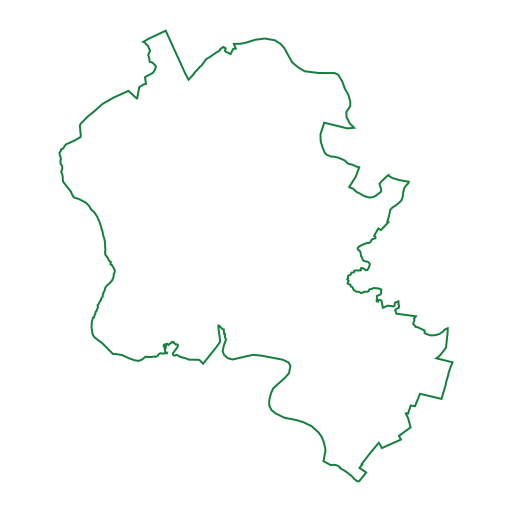 outline of Ardusat, Maramures, Romania
{"feature_id": "2599482B14412125408944", "entity_name": "Ardusat", "entity_type": "district", "adm_level": 2, "iso_a3": "ROU", "parent_name": "Romania", "parent_adm1": "Maramures", "projection": "natural_earth1", "projection_center": [23.375, 47.634], "detail": "fine", "context": "isolated", "style": "outline", "palette": "green", "viewbox_px": 512, "rotation_deg": 0, "n_neighbors": 0, "source": "geoboundaries", "source_scale": "gbopen_adm2", "svg_char_len": 6002}
<svg xmlns="http://www.w3.org/2000/svg" viewBox="0 0 512 512"><path d="M452.5,362.3L436.4,358.3L438.4,356.9L441.2,354.0L446.0,347.6L447.6,332.7L447.7,328.3L444.7,329.6L442.9,331.7L439.6,333.9L435.2,335.2L431.1,335.4L429.5,335.1L426.2,333.8L424.6,333.1L424.5,332.2L424.8,331.2L424.6,330.5L417.5,327.2L415.4,326.8L415.0,325.8L413.3,324.2L413.2,323.8L413.5,322.5L414.5,320.1L413.9,318.6L415.0,317.6L415.9,316.3L396.5,313.7L395.2,310.3L395.4,309.7L396.0,309.1L397.1,308.5L398.4,308.1L398.8,307.5L399.2,305.8L398.4,304.2L398.6,302.7L398.4,301.3L395.0,302.8L394.8,303.1L394.5,305.8L393.5,306.5L390.9,306.0L387.6,305.7L382.9,307.8L381.4,300.6L380.3,300.1L378.5,300.0L378.1,300.4L378.0,301.7L376.7,301.4L377.0,295.9L380.4,294.5L381.3,292.9L381.0,291.0L381.3,289.6L381.0,289.3L378.7,288.5L373.6,288.0L371.9,288.9L369.4,289.4L368.9,290.3L368.8,291.0L368.0,291.6L363.9,291.8L362.5,292.8L361.1,293.0L358.8,291.8L356.7,291.7L355.7,291.3L353.5,289.7L352.5,287.2L352.0,286.8L350.9,286.5L350.5,285.0L350.1,284.6L347.8,283.8L347.6,283.0L347.8,282.4L348.7,280.8L347.3,279.3L348.2,278.1L347.9,276.6L348.0,276.0L349.1,275.2L350.4,274.9L351.6,272.6L353.6,272.5L354.1,272.0L354.2,270.9L355.0,270.5L360.7,270.4L361.0,269.8L360.8,268.6L361.0,268.2L361.4,268.1L362.1,268.0L363.4,268.4L365.9,270.2L367.3,270.0L367.7,269.6L368.9,267.4L369.8,264.6L369.7,263.5L368.0,261.9L364.0,261.0L362.8,259.9L362.1,257.7L361.0,256.0L360.5,252.5L360.2,251.6L359.9,251.1L357.8,249.5L357.7,248.9L357.9,247.7L359.5,246.3L362.8,244.6L366.5,243.1L369.5,242.8L370.7,241.7L371.6,239.8L372.3,239.2L375.2,238.3L375.6,237.5L375.3,236.6L374.1,235.9L378.3,228.5L380.9,230.1L388.5,222.1L387.3,221.6L389.1,215.7L390.3,209.6L392.7,207.3L395.7,205.5L398.4,203.3L400.6,201.3L401.7,199.8L402.8,196.5L403.2,192.2L404.4,187.8L406.1,185.4L408.1,183.5L408.8,181.8L399.5,180.1L392.3,178.0L389.0,175.9L388.6,175.0L386.8,176.3L381.6,181.3L379.6,183.6L379.6,184.6L381.1,188.8L381.2,190.9L380.5,192.2L374.6,196.5L371.2,197.5L368.1,197.3L364.0,196.0L359.2,193.2L357.0,192.2L354.8,190.5L354.6,190.0L352.8,188.5L351.2,188.1L349.2,187.0L355.7,176.8L359.2,167.3L356.8,166.7L352.3,164.7L348.8,163.9L347.6,163.2L344.4,160.3L338.5,157.7L334.0,156.7L330.3,156.4L326.7,154.7L324.7,152.7L322.8,148.1L320.8,141.7L320.6,139.4L320.5,134.2L324.2,122.7L347.4,128.4L354.1,127.8L349.7,123.3L346.5,116.9L346.3,112.1L350.2,106.2L350.3,101.6L348.4,94.9L344.9,88.7L342.2,81.4L338.2,74.7L334.8,73.1L318.7,73.0L304.8,71.3L298.2,67.4L292.1,62.3L284.2,47.9L280.5,43.8L274.6,40.2L264.7,38.5L255.1,39.8L245.4,42.8L240.8,43.7L233.9,43.9L235.8,48.6L233.2,48.9L230.5,54.1L225.3,51.4L224.9,50.3L225.6,49.1L225.6,48.4L225.2,47.9L224.1,47.6L223.5,47.0L223.1,47.1L220.2,49.2L219.9,50.2L219.4,50.7L217.1,52.0L210.0,56.9L206.2,59.1L201.5,65.6L200.1,66.6L197.3,69.9L195.5,71.5L193.5,74.3L188.6,79.7L185.5,74.1L165.7,30.7L148.1,39.0L143.3,41.9L144.8,42.4L146.2,44.4L148.1,45.7L148.8,48.1L150.0,50.3L149.9,51.1L148.2,55.0L149.1,57.7L149.8,61.9L151.6,62.3L153.0,63.1L155.4,65.6L155.9,66.9L155.0,69.6L153.1,72.7L145.0,77.2L146.0,83.9L143.4,84.5L139.2,87.2L137.2,98.3L136.6,98.4L128.5,90.9L113.8,97.5L102.7,103.8L93.9,111.6L87.9,116.4L80.6,123.8L79.8,125.9L80.3,129.2L80.2,130.8L80.8,134.6L80.8,135.9L80.5,137.1L74.2,140.7L65.9,144.4L62.9,148.6L61.2,149.4L60.9,150.6L59.5,152.9L59.6,154.3L61.0,158.6L60.4,160.3L60.6,161.1L60.4,162.0L60.7,162.9L60.6,163.8L62.0,165.7L62.3,167.6L62.3,168.5L61.2,171.8L62.1,173.9L62.7,176.5L62.8,179.8L63.2,181.8L71.3,192.2L71.3,192.9L73.4,196.8L74.8,197.9L78.9,199.0L86.0,202.8L88.8,205.6L91.2,209.6L94.4,212.4L97.3,216.9L99.6,222.1L101.4,227.8L101.3,228.2L102.6,231.9L103.1,235.2L104.5,239.4L105.1,243.2L105.1,246.1L105.4,249.9L105.0,252.3L105.3,252.7L105.2,254.6L106.3,255.7L106.6,256.6L107.4,257.2L108.9,260.3L109.8,261.4L110.8,261.9L110.5,264.1L111.1,264.8L111.9,265.0L114.3,269.1L114.8,270.4L114.7,272.2L113.7,274.3L113.7,276.6L112.2,280.2L111.1,281.7L108.9,283.9L106.9,285.4L105.4,287.6L104.8,290.0L102.9,293.9L102.7,294.9L102.9,296.1L101.1,298.8L100.8,300.4L100.0,301.3L98.6,304.1L97.5,305.3L98.0,307.3L96.9,309.6L96.5,311.1L95.7,311.6L95.5,312.1L95.5,313.4L94.5,315.1L94.3,316.7L93.7,317.7L92.9,317.7L91.8,322.4L91.5,327.1L92.6,334.3L94.1,336.8L96.2,338.7L102.1,343.1L113.0,354.0L114.9,353.9L122.2,355.1L128.8,358.2L134.3,360.2L138.4,360.9L141.3,359.9L143.4,358.5L145.3,356.8L150.2,357.1L154.4,356.5L155.7,356.8L157.8,355.8L158.5,354.3L160.1,353.4L160.7,353.2L162.8,353.7L164.0,353.3L166.8,353.4L167.0,352.7L165.3,352.8L165.4,351.7L165.0,350.8L165.1,349.9L164.7,349.6L164.8,348.9L165.6,348.0L164.1,346.8L164.9,346.3L163.8,345.1L164.3,344.7L165.8,346.1L166.1,345.1L165.9,344.9L166.7,344.4L166.3,344.0L166.9,343.7L168.5,344.9L172.0,342.0L172.4,341.9L172.5,342.5L173.8,342.2L173.9,342.8L174.5,343.4L175.7,344.4L177.4,344.4L178.0,345.5L177.1,347.7L173.1,353.0L172.9,354.3L173.4,355.2L174.8,355.6L176.6,354.9L178.3,355.6L180.1,356.8L186.3,358.5L188.6,359.6L198.5,359.8L199.5,360.1L203.1,363.7L215.9,347.7L219.9,342.2L220.1,341.6L220.1,340.3L218.6,329.3L218.3,325.9L218.5,325.5L219.6,326.1L222.3,329.0L223.8,329.5L223.8,331.4L224.3,333.2L224.0,333.7L224.2,334.1L224.9,334.2L224.9,337.3L226.1,339.4L223.9,345.3L222.6,351.2L224.0,354.8L227.8,358.2L232.6,359.5L252.9,354.8L261.8,355.7L282.7,359.7L288.6,362.5L290.4,365.9L289.0,373.2L285.0,377.7L273.2,388.4L271.1,393.0L269.3,399.8L269.2,405.4L271.5,410.1L275.6,413.4L284.5,417.8L295.6,419.9L302.8,422.0L311.7,426.2L318.7,432.6L321.9,437.3L324.1,443.1L325.5,450.3L323.5,461.2L330.9,465.2L332.9,464.8L334.6,464.9L336.3,465.2L338.3,466.0L339.7,467.1L340.3,467.9L340.2,468.3L344.5,470.7L348.0,473.1L351.8,476.2L354.6,479.2L357.0,481.1L358.1,481.3L359.2,481.2L366.2,472.5L359.5,467.9L362.3,464.4L361.7,464.0L370.8,452.3L378.8,442.8L380.5,445.3L381.8,448.1L400.9,439.6L398.9,435.9L410.6,427.4L408.8,420.5L407.9,417.7L405.8,413.5L407.3,413.1L408.1,413.5L410.7,405.5L415.0,406.2L420.0,393.8L441.5,398.9L445.9,384.1L446.0,382.4L448.4,374.6L448.4,373.4L451.2,365.3L452.2,363.6L452.5,362.3Z" fill="none" stroke="#15803d" stroke-width="2"/></svg>